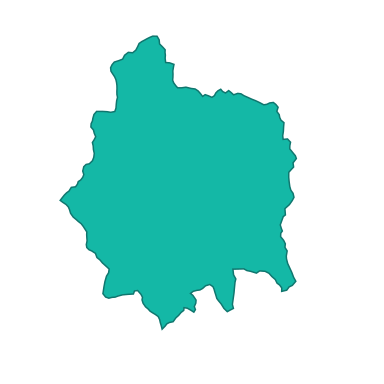 outline of Camanducaia, Minas Gerais, Brazil, rotated 286°
{"feature_id": "56859067B71206053362122", "entity_name": "Camanducaia", "entity_type": "district", "adm_level": 2, "iso_a3": "BRA", "parent_name": "Brazil", "parent_adm1": "Minas Gerais", "projection": "albers", "projection_center": [-46.078, -22.797], "detail": "fine", "context": "isolated", "style": "filled", "palette": "teal", "viewbox_px": 384, "rotation_deg": 286, "n_neighbors": 0, "source": "geoboundaries", "source_scale": "gbopen_adm2", "svg_char_len": 3361}
<svg xmlns="http://www.w3.org/2000/svg" viewBox="0 0 384 384"><g transform="rotate(286 192 192)"><path d="M212.1,82.6L209.1,84.3L205.7,85.5L202.2,87.4L198.3,88.0L194.6,87.7L190.8,85.5L189.3,82.6L186.5,81.0L182.0,81.2L178.9,83.2L175.9,82.9L172.7,81.6L170.7,79.8L167.9,79.7L164.9,78.6L163.2,74.7L159.0,73.5L156.7,71.7L154.0,70.2L150.9,68.9L147.6,67.6L146.4,70.8L145.3,74.4L143.6,77.2L141.4,79.0L138.0,81.2L135.1,84.8L133.6,88.3L132.3,90.9L131.0,94.2L129.0,96.9L126.8,99.4L124.6,101.9L122.0,102.5L119.4,103.4L116.1,104.6L112.3,104.9L109.6,106.2L108.1,108.9L107.7,111.8L106.4,116.1L102.8,118.7L101.3,122.3L99.1,125.5L97.1,129.6L95.1,133.6L91.4,134.1L87.5,133.0L81.9,133.0L76.6,133.5L69.7,134.4L67.2,137.9L67.0,141.3L68.7,144.2L69.7,147.0L71.6,149.6L74.0,153.6L76.0,158.7L77.8,163.8L81.0,164.0L82.3,166.9L79.6,171.1L77.2,173.4L74.5,173.7L71.5,175.7L68.8,179.0L67.5,182.0L65.9,184.5L65.0,187.4L64.2,190.5L63.0,193.8L60.5,196.0L57.6,197.6L55.3,199.1L51.9,201.1L55.6,203.1L58.4,204.2L60.3,206.2L62.1,209.6L66.6,211.2L69.6,213.1L73.2,214.7L75.9,216.7L78.6,216.2L79.0,219.5L78.2,222.9L77.0,226.9L79.9,227.7L82.5,225.8L86.2,226.3L89.2,225.7L91.1,223.5L92.9,221.3L94.1,218.5L96.9,220.6L98.8,223.8L100.0,226.6L102.2,228.8L105.6,230.9L108.0,234.6L106.8,238.2L104.8,239.9L102.5,241.3L99.5,243.3L96.5,245.2L94.8,247.4L92.5,250.8L88.9,254.8L86.7,258.9L88.7,260.9L91.5,263.9L95.1,261.8L106.5,260.2L110.1,259.5L117.2,258.2L120.5,258.1L123.8,254.8L129.1,252.6L132.4,263.1L131.6,266.4L131.9,270.0L131.8,276.3L134.8,278.8L135.9,284.1L135.1,288.4L132.8,292.0L130.8,296.2L127.8,298.9L126.7,301.9L124.5,304.7L121.2,305.6L123.7,310.1L127.5,311.5L129.9,314.2L134.8,316.4L138.0,313.2L142.2,310.1L149.6,303.7L153.7,301.3L156.4,300.3L161.6,299.7L164.4,296.6L167.9,296.0L170.7,293.5L173.5,289.5L176.8,288.7L179.4,289.6L181.6,287.9L184.7,285.9L193.5,286.5L195.7,288.1L201.6,285.9L206.7,289.1L211.3,290.7L215.0,291.5L218.6,289.5L221.0,286.5L224.2,284.5L229.0,282.4L232.9,280.9L237.6,279.6L241.5,281.5L244.0,282.8L247.9,281.1L252.9,283.1L255.3,281.4L258.3,277.1L260.4,274.1L263.4,273.3L267.0,273.0L269.3,269.2L267.7,265.1L271.1,263.7L275.6,263.1L279.9,262.1L284.0,261.3L285.6,257.7L287.8,255.8L290.4,254.5L292.9,251.3L297.2,251.4L299.3,248.4L300.5,245.5L299.0,242.1L297.0,239.9L295.6,237.0L296.6,232.3L297.3,228.0L297.7,223.8L298.3,219.8L298.9,215.4L299.9,212.0L299.4,208.8L296.9,205.2L298.3,202.4L299.6,199.3L296.4,196.9L297.0,193.8L298.7,191.3L296.4,189.0L293.8,187.6L290.8,187.0L288.5,185.1L289.0,181.3L289.2,177.8L286.8,175.9L289.2,172.6L290.9,169.9L291.9,166.6L291.3,162.6L291.1,157.3L289.3,153.3L288.2,149.5L289.7,147.1L291.8,144.4L294.1,142.6L297.1,142.0L300.2,141.2L303.1,140.2L306.4,139.8L309.7,139.5L310.0,134.9L309.2,131.0L313.2,129.3L316.2,128.7L318.7,127.6L321.3,127.0L323.0,124.3L325.4,120.0L329.2,118.5L332.1,115.5L331.0,111.3L329.1,108.9L327.1,106.7L324.7,104.3L322.7,102.2L320.2,100.2L316.7,99.7L312.9,98.9L309.5,96.6L308.7,92.3L304.9,89.5L300.6,88.7L298.3,85.7L295.5,81.5L292.4,80.1L289.0,79.5L285.8,80.8L283.7,83.2L281.4,85.9L279.0,87.9L276.4,89.3L273.6,90.5L270.7,91.4L267.8,92.1L264.9,93.0L262.5,94.3L259.0,94.4L255.5,95.0L251.7,95.8L248.1,95.6L246.2,91.9L245.8,88.3L244.9,84.2L244.1,81.4L243.2,78.1L239.5,76.4L235.5,76.4L232.8,76.7L229.9,76.2L226.6,76.9L224.5,80.1L221.3,82.0L218.6,84.2L215.1,83.5L212.1,82.6Z" fill="#14b8a6" stroke="#0f766e" stroke-width="1.5"/></g></svg>